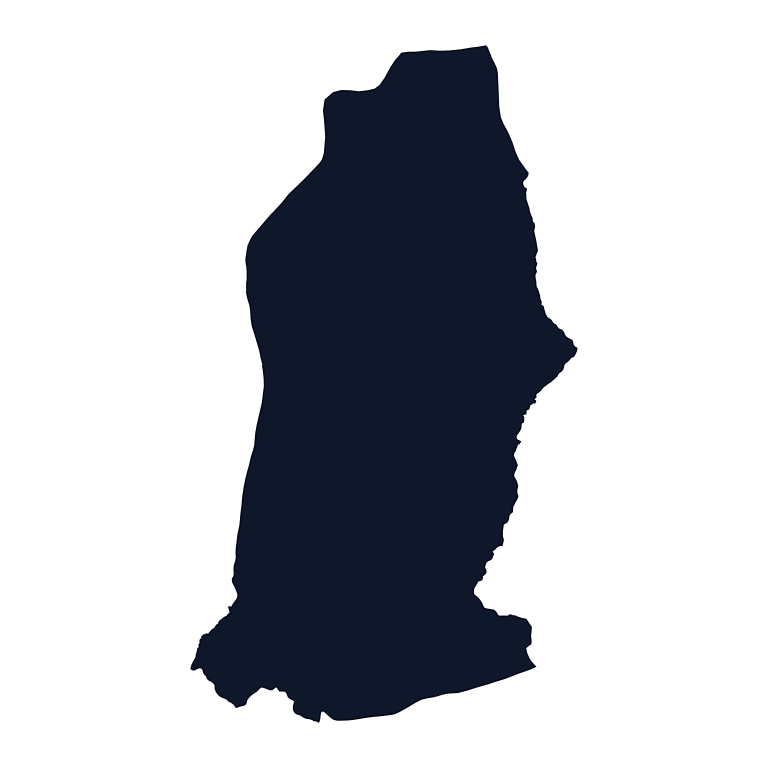 Kampong Trabaek, Prey Vêng, Cambodia (Natural Earth projection)
{"feature_id": "14789045B10100754303768", "entity_name": "Kampong Trabaek", "entity_type": "district", "adm_level": 2, "iso_a3": "KHM", "parent_name": "Cambodia", "parent_adm1": "Prey Vêng", "projection": "natural_earth1", "projection_center": [105.549, 11.105], "detail": "fine", "context": "isolated", "style": "filled", "palette": "ink", "viewbox_px": 768, "rotation_deg": 0, "n_neighbors": 0, "source": "geoboundaries", "source_scale": "gbopen_adm2", "svg_char_len": 6099}
<svg xmlns="http://www.w3.org/2000/svg" viewBox="0 0 768 768"><path d="M252.9,236.2L251.2,239.3L248.4,245.1L247.7,248.8L247.0,252.9L246.1,259.2L246.4,263.3L247.1,267.1L247.4,271.6L247.4,279.1L246.9,283.0L246.9,293.4L248.2,299.2L250.1,305.2L250.9,310.9L251.3,318.5L252.5,326.1L255.5,335.6L259.9,350.4L261.5,358.5L263.2,364.7L262.8,366.3L263.4,369.2L264.4,378.6L264.6,386.3L263.6,394.2L262.7,402.0L260.9,410.2L259.0,418.1L257.1,426.6L256.0,433.1L254.9,445.9L253.5,451.2L251.6,456.9L249.7,465.3L247.9,471.5L246.0,479.2L244.5,486.6L243.1,495.7L242.2,505.4L241.1,514.5L240.2,524.8L238.2,534.3L236.6,547.3L236.3,552.1L236.5,557.4L235.9,561.3L234.6,565.2L234.2,569.0L234.5,572.9L234.2,576.1L232.5,579.1L232.9,582.2L235.7,587.8L237.9,593.3L238.2,596.1L237.1,599.3L234.2,603.1L232.3,606.0L232.4,607.8L230.3,607.1L229.0,607.1L230.5,612.9L228.2,614.6L226.9,616.5L224.9,617.3L222.7,618.9L219.4,621.6L218.7,624.0L216.6,625.4L214.8,628.3L211.7,630.4L210.2,632.4L209.2,633.4L208.7,634.8L206.8,634.1L203.5,635.3L201.8,637.1L202.5,639.2L200.6,639.4L200.1,641.2L200.5,642.8L199.1,645.0L199.7,647.3L198.0,648.6L197.3,652.3L196.4,655.0L196.4,656.9L195.4,658.9L193.3,662.5L191.9,665.8L191.2,668.7L192.6,669.7L194.6,669.7L196.5,668.6L198.9,667.6L200.3,667.5L202.0,668.1L202.9,669.0L204.2,673.3L205.0,674.4L206.6,675.7L207.3,678.0L208.5,679.6L212.5,681.8L214.3,683.4L215.4,685.4L215.3,688.1L215.7,689.7L216.4,691.3L217.2,692.6L218.5,694.4L220.7,696.3L227.2,699.0L228.4,700.6L229.6,701.4L231.4,702.1L234.2,704.2L236.1,707.1L237.7,706.8L239.3,706.1L241.6,705.5L244.7,704.8L245.9,703.0L246.4,700.4L247.8,698.1L250.0,695.7L252.6,693.6L256.0,691.4L260.2,687.3L262.0,686.7L265.0,687.6L267.8,688.7L270.3,689.6L272.3,689.3L274.7,687.4L276.8,686.2L278.0,688.3L279.7,690.8L282.6,690.8L285.7,691.2L287.1,693.2L288.4,696.7L290.2,698.4L293.1,699.7L294.7,701.1L294.5,703.1L293.6,706.5L293.7,709.7L295.0,712.3L296.5,713.6L298.7,714.2L301.0,715.0L303.5,716.9L306.1,718.0L309.6,718.5L311.9,719.2L313.9,720.3L315.8,720.6L317.6,721.2L318.5,721.9L319.3,720.2L319.7,717.5L319.8,716.1L320.3,712.5L321.9,710.6L324.0,711.1L326.1,712.7L328.9,715.4L333.0,718.6L334.6,719.4L337.7,720.0L343.5,719.9L349.2,719.6L355.1,718.9L366.1,717.1L372.1,716.3L383.4,715.2L393.2,713.9L394.9,713.3L398.6,711.7L408.3,706.3L412.3,703.8L417.2,701.0L421.8,698.8L426.9,697.6L432.2,696.8L437.2,695.6L442.7,693.9L447.5,692.9L457.7,692.3L461.7,691.3L466.9,689.9L477.0,686.7L488.6,683.4L493.2,681.8L504.9,678.2L511.0,675.9L517.2,673.4L530.6,668.7L535.2,666.5L533.4,664.6L530.5,661.3L528.6,658.1L526.3,652.7L525.4,647.8L527.8,645.8L530.6,643.8L530.9,640.9L530.3,635.5L530.8,631.8L531.1,627.2L525.9,619.4L522.2,618.8L517.5,617.3L515.1,616.1L513.0,616.0L510.4,615.0L507.2,616.5L504.4,616.3L499.3,616.4L497.8,615.7L495.6,612.0L493.7,610.4L485.2,608.9L483.5,607.7L482.3,605.3L481.9,603.9L480.8,602.3L479.9,600.6L477.9,598.3L476.1,596.7L474.8,595.8L473.7,594.5L473.1,592.0L473.4,588.8L474.4,586.7L476.7,583.1L477.7,580.7L479.9,580.4L481.5,579.8L482.2,578.1L482.0,575.8L484.4,574.3L485.7,572.6L485.7,570.9L485.1,569.1L484.4,568.3L484.4,566.7L485.8,562.1L488.3,560.3L489.5,560.0L491.6,558.5L492.6,555.6L493.3,554.1L492.5,552.8L491.6,550.6L493.1,550.1L494.6,549.1L495.9,547.5L498.0,546.0L500.1,545.2L502.0,545.3L502.3,543.5L502.8,541.8L503.1,539.5L502.1,536.5L502.2,531.0L503.1,524.5L504.6,523.1L506.6,522.4L508.0,519.9L508.6,516.5L509.2,514.4L510.6,513.1L512.2,511.8L512.4,508.2L512.6,506.2L513.4,505.4L514.4,503.0L515.4,501.1L516.4,499.6L517.5,497.3L517.6,495.4L516.6,493.5L516.6,492.4L516.5,489.9L517.1,487.8L517.4,485.5L516.8,484.0L516.6,482.3L515.9,480.7L514.7,478.7L513.3,476.1L513.8,473.6L514.2,471.9L514.8,470.8L515.5,470.0L516.4,466.4L517.1,465.3L515.3,460.5L514.1,458.1L513.1,455.7L513.4,453.8L513.8,452.3L514.8,451.2L515.6,449.1L516.2,447.3L517.0,445.2L517.7,444.0L519.3,443.3L520.3,441.6L516.4,439.6L515.9,437.5L515.9,436.1L516.5,434.7L517.8,433.0L520.0,429.7L520.8,427.2L520.7,425.8L521.0,424.1L521.3,422.7L523.0,422.3L523.5,420.6L523.4,417.0L522.5,415.9L522.3,414.5L523.9,414.2L525.7,413.6L525.8,411.7L525.8,409.9L528.6,408.9L529.4,406.5L529.5,404.9L531.8,403.7L532.6,402.5L534.8,402.8L535.4,401.0L533.3,399.5L534.5,398.1L535.8,397.1L535.5,394.1L536.8,393.0L538.7,391.8L540.1,390.6L542.9,387.0L544.3,386.1L548.0,383.1L550.3,381.8L556.8,376.0L557.6,374.5L558.0,373.3L560.5,371.5L561.3,370.8L562.7,369.3L563.8,364.8L564.7,363.4L566.5,361.8L568.3,360.5L569.8,358.6L570.9,357.4L572.2,356.7L573.5,356.3L574.9,354.0L576.3,350.9L576.8,348.6L576.0,347.8L574.7,347.2L573.0,345.1L572.5,342.3L571.8,340.4L570.0,339.6L568.1,338.6L566.0,337.2L564.8,335.8L564.2,334.6L563.9,333.5L562.7,331.5L561.7,330.3L558.1,328.9L555.8,325.2L554.5,324.6L553.6,323.8L552.5,323.1L550.8,320.2L546.9,317.6L544.9,314.0L544.7,312.6L543.9,310.4L543.0,306.5L541.4,305.7L540.5,304.4L541.1,302.3L539.6,298.4L539.4,295.9L538.1,291.4L537.1,289.1L536.1,287.2L535.8,285.7L535.7,283.8L535.5,281.3L534.8,277.7L534.7,275.7L535.0,273.9L536.2,271.8L536.0,270.7L535.2,268.5L535.6,266.4L536.3,264.9L536.6,263.5L535.5,261.7L535.4,258.9L534.4,257.5L535.4,255.5L535.8,253.8L536.6,252.2L537.1,250.5L537.0,248.7L536.4,246.4L535.3,239.2L534.8,237.5L533.4,230.9L534.4,226.3L533.8,223.3L532.6,222.8L532.0,221.0L531.9,218.5L531.1,216.6L529.2,211.8L528.7,208.3L527.8,205.8L525.8,199.6L525.5,197.3L525.6,195.5L525.2,192.7L525.9,190.7L526.2,189.0L524.5,187.9L523.4,187.0L522.4,183.9L522.4,181.6L523.8,179.8L525.3,178.4L526.2,177.3L527.3,175.8L527.9,173.0L526.1,170.9L518.6,160.4L514.9,152.2L511.6,142.1L507.2,132.1L502.8,123.9L500.1,117.5L498.5,106.8L497.8,89.0L497.1,73.1L496.2,68.5L493.7,63.0L491.3,58.5L490.3,55.5L487.1,47.7L485.7,46.1L483.6,46.6L478.8,47.4L471.1,48.3L461.2,50.0L449.6,51.2L439.7,51.5L430.3,50.9L416.0,52.4L408.6,52.5L403.6,53.1L401.8,53.4L400.3,55.2L397.7,58.3L395.9,60.1L392.2,65.8L391.2,67.1L385.4,77.9L380.2,85.3L374.9,89.4L368.3,90.9L358.9,92.1L350.0,91.0L341.4,90.8L333.5,92.8L325.3,99.9L323.7,110.6L324.7,119.4L326.0,136.3L324.6,153.2L322.8,159.4L320.9,162.4L318.5,165.2L304.2,180.1L289.0,194.7L282.2,203.3L274.3,211.8L271.1,215.0L252.9,236.2Z" fill="#0f172a" stroke="#020617" stroke-width="1.5"/></svg>